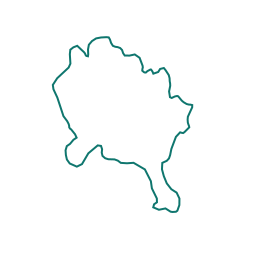 the State of Kano, rotated 340°
{"feature_id": "NGA-2869", "entity_name": "Kano", "entity_type": "State", "adm_level": 1, "iso_a3": "NGA", "parent_name": "Nigeria", "parent_adm1": "", "projection": "robinson", "projection_center": [8.618, 11.56], "detail": "fine", "context": "isolated", "style": "outline", "palette": "teal", "viewbox_px": 256, "rotation_deg": 340, "n_neighbors": 0, "source": "natural_earth", "source_scale": "10m", "svg_char_len": 1722}
<svg xmlns="http://www.w3.org/2000/svg" viewBox="0 0 256 256"><g transform="rotate(340 128 128)"><path d="M185.8,148.3L179.6,151.2L178.1,151.6L176.7,150.8L175.5,149.9L170.0,152.7L161.6,162.5L158.3,167.9L156.1,170.6L153.2,172.1L148.3,172.5L145.8,178.4L145.2,185.4L145.5,193.3L147.8,200.4L151.6,205.4L152.2,211.9L149.9,218.0L146.1,222.6L144.4,223.1L141.0,222.1L139.4,221.2L135.7,216.4L129.1,215.4L124.6,211.2L126.4,208.6L129.8,207.7L131.0,204.1L129.8,192.9L131.3,185.8L129.7,172.7L121.3,162.6L115.0,160.8L109.3,158.3L107.3,155.2L104.6,152.9L98.8,150.6L96.2,148.6L94.5,145.5L94.9,142.2L96.4,139.1L96.5,135.6L93.6,134.0L82.1,138.2L72.4,146.2L66.7,146.8L61.1,141.4L59.8,136.7L60.4,132.1L61.7,127.6L64.3,124.1L68.1,123.1L72.7,120.4L76.4,119.5L76.1,115.8L74.1,109.9L73.3,108.7L73.0,107.3L73.5,105.6L73.6,103.8L73.2,100.8L71.4,94.8L72.0,75.2L71.2,66.1L72.1,61.8L78.5,57.0L92.9,50.9L95.9,47.8L98.6,38.7L100.6,34.7L104.3,33.5L108.4,33.4L112.6,41.7L113.1,43.3L113.1,44.7L113.5,46.0L114.9,46.9L115.8,45.2L117.3,40.5L119.7,36.4L123.9,34.0L128.7,32.9L133.6,33.7L138.9,35.3L140.9,36.3L141.3,38.7L141.2,42.3L141.9,45.6L143.8,47.3L146.0,48.5L148.0,50.2L149.1,52.7L149.0,56.0L149.7,58.8L154.3,60.5L159.5,61.2L162.9,66.0L163.0,74.6L162.6,76.2L161.7,77.5L161.0,79.0L162.1,81.0L162.9,81.7L163.7,82.0L165.7,81.2L169.1,80.7L169.7,81.0L170.3,83.3L170.4,85.6L175.5,85.7L178.4,83.5L182.2,83.9L183.1,86.6L184.4,92.2L184.1,95.4L183.2,98.3L182.8,100.6L182.1,102.8L179.1,107.7L178.0,113.4L179.3,114.7L182.9,114.4L185.1,114.7L186.0,115.4L187.9,120.7L189.1,122.8L191.3,125.5L193.2,126.8L194.3,127.2L196.2,128.4L195.4,130.5L188.1,137.9L186.9,140.5L186.1,143.3L186.0,144.6L186.0,147.1L185.8,148.3Z" fill="none" stroke="#0f766e" stroke-width="2"/></g></svg>